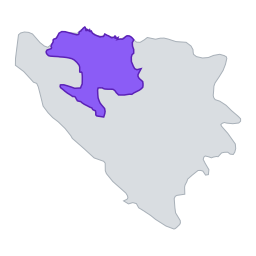 Banja Luka highlighted on a map of Bosnia and Herzegovina
{"feature_id": "BIH-4802", "entity_name": "Banja Luka", "entity_type": "state/province", "adm_level": 1, "iso_a3": "BIH", "parent_name": "Bosnia and Herzegovina", "parent_adm1": "", "projection": "natural_earth1", "projection_center": [17.075, 44.676], "detail": "fine", "context": "in_parent", "style": "filled", "palette": "violet", "viewbox_px": 256, "rotation_deg": 0, "n_neighbors": 0, "source": "natural_earth", "source_scale": "10m", "svg_char_len": 4036}
<svg xmlns="http://www.w3.org/2000/svg" viewBox="0 0 256 256"><path d="M226.3,56.8L226.8,58.4L225.5,64.2L223.1,70.4L219.1,76.9L215.0,83.0L213.9,86.2L213.6,91.3L213.2,95.4L213.7,97.6L215.1,99.6L219.8,101.2L226.1,105.3L231.5,110.6L238.5,116.6L240.6,118.8L240.6,121.2L238.7,123.0L232.8,123.7L226.7,123.1L224.3,122.5L222.2,123.3L220.8,124.6L221.5,126.2L227.9,133.5L235.3,144.0L235.7,148.5L234.8,152.1L233.2,154.5L230.1,154.1L227.8,152.2L224.3,152.3L221.6,152.9L218.1,156.7L216.3,156.5L213.3,157.1L211.4,157.8L208.3,156.7L205.2,156.0L203.8,157.2L203.2,159.4L205.2,163.4L208.9,169.7L208.4,174.6L205.6,175.1L202.9,171.1L200.6,170.4L198.0,170.5L192.1,175.2L187.7,179.1L186.7,181.9L185.1,184.9L184.6,187.0L184.8,194.2L176.8,195.4L175.2,196.4L174.2,198.6L174.9,207.9L175.6,212.9L180.2,220.5L180.4,222.9L179.7,224.5L176.5,227.6L175.0,228.7L173.9,229.0L168.6,227.0L166.1,226.1L155.4,219.3L150.7,215.5L143.3,210.6L138.7,207.8L136.4,203.6L132.8,202.6L128.5,203.9L123.6,200.9L127.0,199.3L127.9,197.8L127.5,195.8L125.9,193.1L112.8,181.5L106.4,173.6L105.3,170.7L105.2,163.2L103.7,161.3L94.1,157.9L83.4,148.1L72.3,138.4L70.8,135.7L65.1,128.5L58.2,121.8L52.7,117.6L48.1,112.8L43.1,106.1L40.6,95.9L38.3,86.9L36.7,83.4L33.5,82.2L23.7,71.5L15.4,65.3L15.5,58.6L16.9,47.4L18.5,34.8L20.6,33.0L24.4,32.0L28.7,32.4L32.5,34.0L40.0,42.6L44.3,46.0L47.9,47.3L52.1,43.7L57.3,36.0L61.8,32.0L77.0,33.4L84.4,27.5L96.5,35.3L101.4,36.4L104.2,35.4L108.1,35.9L116.5,38.1L118.5,39.1L121.0,38.9L127.3,35.9L129.4,36.3L136.6,42.2L140.2,42.3L144.5,39.7L147.3,37.5L155.5,39.2L160.2,38.2L164.1,38.1L168.3,39.1L172.2,40.4L176.0,41.6L186.1,42.3L191.0,46.0L193.0,49.7L193.1,51.9L193.5,54.3L196.4,56.6L202.5,58.0L206.3,57.7L208.4,57.5L213.6,55.4L219.7,54.3L224.2,55.6L226.3,56.8Z" fill="#d9dde1" stroke="#a8b0b8" stroke-width="1"/><path d="M84.8,27.0L85.2,27.4L85.7,28.9L85.8,29.5L85.8,30.2L86.1,30.6L87.3,30.4L87.1,29.9L86.9,29.4L87.8,29.7L88.5,30.5L89.1,30.9L89.7,29.9L89.9,30.5L90.0,30.9L89.9,31.4L89.7,32.0L90.0,31.7L90.9,31.2L91.3,31.0L92.4,33.2L94.9,34.9L96.4,35.5L100.1,37.0L100.7,36.7L103.5,36.5L103.7,36.2L104.8,34.0L107.1,35.3L108.2,35.7L110.1,36.8L110.7,37.3L111.5,37.7L112.5,37.6L114.5,37.0L114.6,36.8L114.7,36.3L115.0,36.0L115.5,36.3L115.8,36.8L115.9,37.2L115.7,37.6L115.3,38.1L116.0,38.3L116.7,38.2L118.1,37.5L117.6,39.1L117.3,39.5L117.7,39.4L120.6,39.0L121.9,39.2L122.5,39.1L123.7,38.4L125.9,36.4L127.1,35.8L129.1,35.9L130.8,36.7L132.4,38.1L133.8,39.8L132.3,42.6L132.5,46.2L133.7,49.5L133.7,53.2L132.0,54.7L131.3,57.2L131.4,61.6L133.3,66.2L134.7,68.7L136.9,69.7L141.1,68.7L139.0,72.6L138.0,74.7L138.0,76.4L139.2,78.5L141.3,80.3L142.7,81.6L143.0,83.6L143.0,85.4L142.8,87.2L141.4,88.7L139.3,90.2L136.9,91.4L133.9,92.9L132.0,94.2L131.9,94.3L129.4,94.2L124.3,95.0L120.6,95.0L118.5,94.9L117.5,93.8L116.4,92.8L114.8,90.5L113.0,89.3L110.9,89.2L108.1,89.2L104.8,89.0L103.2,88.5L102.5,87.9L99.4,87.8L98.0,88.1L97.6,90.2L97.8,94.7L98.1,97.9L99.0,100.5L100.0,102.9L101.5,104.9L104.6,108.5L105.1,111.4L104.8,113.5L104.3,115.2L103.7,117.0L98.3,116.2L96.7,115.9L95.8,114.9L95.8,112.6L95.4,110.7L94.1,110.3L92.7,109.5L91.8,107.9L90.1,107.3L87.3,105.8L84.3,104.3L81.9,102.7L80.6,101.5L79.5,101.4L77.4,100.8L76.3,99.0L75.6,97.6L74.9,96.7L74.0,96.5L72.6,96.5L71.0,95.3L67.4,93.1L64.9,91.2L63.2,89.7L61.4,88.3L60.6,87.7L60.1,86.4L60.4,84.9L61.5,84.8L63.8,84.8L67.3,85.8L71.4,87.1L74.7,88.3L78.0,88.1L80.5,88.0L81.0,86.7L81.6,85.2L82.2,84.0L82.3,79.7L82.3,76.0L82.0,72.9L81.5,72.1L80.0,72.2L79.7,71.4L79.7,70.1L79.7,67.1L79.1,65.2L76.9,62.4L74.3,60.0L71.9,58.7L68.8,57.9L66.6,57.5L63.4,57.1L60.0,56.9L58.2,56.6L54.1,56.4L50.2,56.1L48.4,55.6L46.7,53.8L46.2,52.6L46.2,51.4L47.1,50.0L49.8,49.1L51.2,48.6L51.5,47.9L51.5,47.3L51.2,46.8L51.0,46.5L51.7,44.4L52.9,42.4L53.1,41.8L53.2,40.9L53.1,40.4L53.1,40.0L53.6,39.3L54.1,39.0L55.6,38.6L56.3,38.2L57.1,37.0L59.0,33.2L61.7,31.6L65.1,31.7L76.7,34.8L78.2,34.6L78.9,34.0L79.0,33.5L79.0,32.8L79.3,31.9L79.9,31.4L80.5,31.2L81.1,30.8L81.4,30.0L81.9,29.7L82.5,29.1L83.0,28.5L83.2,28.2L84.8,27.0Z" fill="#8b5cf6" stroke="#5b21b6" stroke-width="1.5"/></svg>